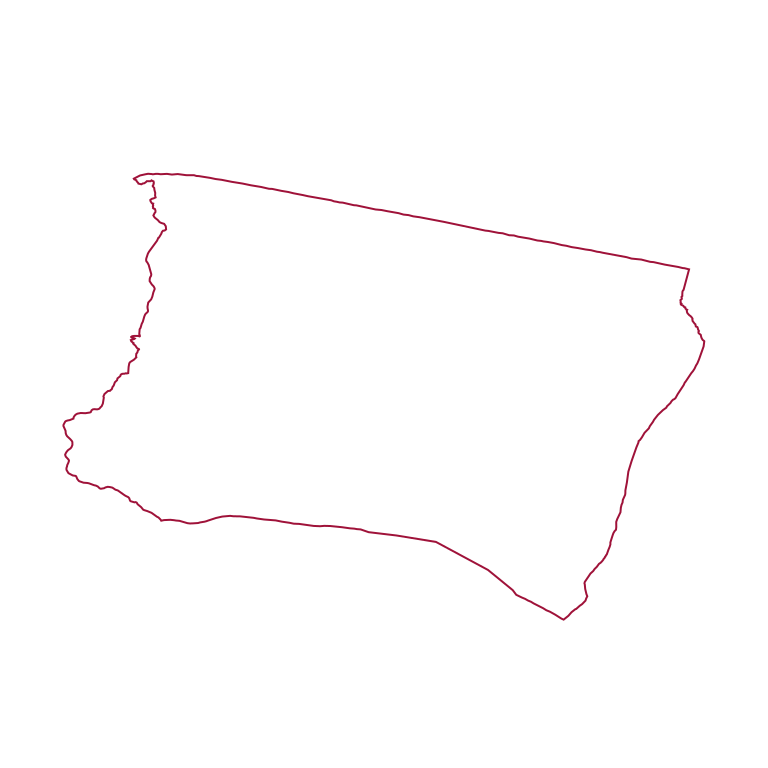 Omhajer, Gash Barka, Eritrea (Equal Earth projection), rotated 105°
{"feature_id": "51966322B84792340140154", "entity_name": "Omhajer", "entity_type": "district", "adm_level": 2, "iso_a3": "ERI", "parent_name": "Eritrea", "parent_adm1": "Gash Barka", "projection": "equal_earth", "projection_center": [36.816, 14.649], "detail": "fine", "context": "isolated", "style": "outline", "palette": "rose", "viewbox_px": 768, "rotation_deg": 105, "n_neighbors": 0, "source": "geoboundaries", "source_scale": "gbopen_adm2", "svg_char_len": 6138}
<svg xmlns="http://www.w3.org/2000/svg" viewBox="0 0 768 768"><g transform="rotate(105 384 384)"><path d="M464.7,122.2L462.1,122.6L457.1,124.0L454.3,123.8L446.7,122.4L442.2,123.2L439.2,123.3L436.8,122.9L434.1,123.3L428.7,122.4L427.1,122.6L424.3,123.3L416.2,123.9L405.4,125.3L394.3,124.9L379.9,123.8L374.7,123.1L373.3,123.3L371.7,122.2L368.8,121.1L363.7,119.7L358.3,116.7L355.9,116.3L350.9,114.4L348.7,113.9L342.9,111.4L337.0,107.8L333.8,105.2L332.3,104.9L328.2,102.4L326.4,101.9L324.4,100.8L323.4,99.6L322.2,98.8L317.8,97.7L307.6,94.3L304.6,93.8L304.0,93.4L294.0,90.0L291.6,88.9L288.8,88.0L285.3,87.4L283.1,86.7L278.8,86.1L265.0,85.0L259.8,85.7L259.5,86.1L259.0,87.5L257.8,88.8L256.6,89.7L254.5,90.8L253.5,93.2L252.4,93.8L251.3,93.5L250.1,94.7L248.1,95.8L247.9,96.1L247.7,97.7L245.7,98.7L245.3,99.6L243.2,102.3L242.4,102.5L242.1,102.8L241.0,102.9L240.0,104.0L239.0,105.6L238.6,106.8L237.2,109.0L236.5,109.7L234.9,110.5L234.5,110.7L233.9,110.4L233.4,111.9L233.1,112.4L232.0,112.8L232.0,113.9L231.0,115.1L230.5,117.6L230.1,118.0L229.8,118.1L229.3,117.6L228.6,118.6L227.5,118.8L226.3,119.4L224.9,118.4L224.1,118.5L223.0,119.2L221.7,118.6L221.0,118.9L217.7,119.6L216.5,119.5L215.6,119.0L194.3,119.0L194.4,123.9L194.7,125.4L194.8,130.1L196.0,143.6L196.5,155.1L197.1,158.5L197.2,167.7L198.8,177.4L198.7,182.5L200.6,206.6L200.7,209.5L201.1,212.5L201.2,218.7L201.9,224.1L202.5,232.0L203.2,238.1L203.3,243.7L203.8,248.2L203.9,256.3L204.4,262.4L205.0,266.9L205.1,269.3L205.7,273.0L205.9,281.3L207.0,292.6L206.9,297.0L207.9,301.6L207.7,308.4L208.4,312.6L209.1,322.7L209.6,325.8L211.9,368.4L213.7,392.9L214.5,399.2L214.5,404.0L215.3,409.0L215.2,414.1L216.2,425.3L216.6,431.5L217.6,437.3L218.6,456.9L219.1,459.4L219.5,470.9L220.1,473.8L220.2,476.7L220.5,479.6L220.2,482.5L222.3,506.2L222.5,511.2L223.2,520.8L223.3,526.0L224.0,533.2L224.5,542.5L225.2,545.6L225.5,553.8L226.5,563.9L227.0,572.6L228.1,583.2L228.8,593.7L229.6,599.7L229.9,605.2L231.1,616.6L231.6,619.0L231.5,621.5L233.5,629.2L234.6,637.6L236.6,643.1L237.2,648.0L239.2,654.1L239.5,656.5L240.0,658.6L241.3,661.6L241.3,662.5L242.0,666.3L243.3,669.0L245.7,673.6L250.4,678.8L250.8,678.4L250.7,677.9L251.0,677.9L251.3,675.9L252.2,675.4L253.3,673.6L254.0,673.1L253.9,670.3L253.8,669.9L252.8,669.0L252.2,667.6L250.9,666.4L249.5,665.6L248.5,661.9L247.5,661.3L247.8,660.2L247.9,659.1L248.2,658.9L249.5,658.3L250.6,658.5L251.1,658.2L252.5,658.7L252.9,658.5L254.1,656.7L255.9,656.0L258.7,654.4L261.2,653.9L262.9,652.9L264.2,654.4L265.1,656.0L266.5,657.3L266.8,657.4L268.0,656.7L269.5,655.0L269.5,653.6L270.8,653.6L271.5,653.1L272.2,653.3L273.1,652.7L273.8,652.7L274.2,651.9L274.2,650.8L274.4,650.4L276.0,649.5L277.3,649.3L278.7,650.0L279.5,650.0L280.8,650.4L281.9,649.4L282.7,648.3L284.2,644.9L285.7,642.7L286.1,640.8L286.2,637.8L288.1,635.6L291.1,634.5L292.5,635.6L293.2,637.2L294.8,637.9L296.5,638.0L300.9,639.3L301.2,639.8L304.3,640.3L317.2,645.3L319.2,645.8L324.2,646.1L325.8,645.9L327.1,645.2L327.8,644.1L329.9,642.1L338.2,637.2L339.8,637.0L341.5,637.5L343.1,637.5L345.3,637.0L348.0,634.0L349.1,632.1L349.8,631.3L351.0,630.3L351.8,630.1L355.2,630.5L359.6,630.4L362.5,630.8L366.3,632.8L370.4,632.5L372.0,632.0L374.0,631.0L375.1,630.8L376.2,631.3L377.2,632.0L378.6,632.7L380.8,633.0L386.3,633.1L388.6,633.6L392.8,633.7L394.4,634.2L399.2,633.3L400.1,632.5L401.1,632.2L401.3,632.4L401.2,633.8L402.3,637.9L403.0,639.6L403.9,640.4L404.3,640.2L404.6,638.3L404.4,637.5L404.6,636.5L405.1,636.8L405.3,637.2L407.1,639.9L408.2,639.1L409.3,636.6L409.7,636.8L410.2,636.4L411.3,634.0L412.1,633.2L413.5,631.4L413.6,629.9L414.0,629.6L415.5,630.4L417.4,630.4L418.9,631.1L421.6,630.6L422.3,630.1L425.3,631.9L428.4,634.8L429.9,635.4L433.6,635.1L439.7,633.9L440.4,635.2L440.5,636.2L441.2,637.3L441.9,639.5L443.1,640.7L444.7,640.8L447.6,642.9L449.4,642.8L452.0,644.4L455.5,644.7L457.0,645.4L459.5,645.6L460.8,646.6L461.4,646.8L462.3,648.9L466.0,651.4L468.6,651.8L469.7,651.1L475.7,650.5L478.6,651.0L479.8,651.8L481.2,652.4L481.9,653.0L482.6,654.2L482.9,655.3L483.3,657.4L483.9,658.7L485.0,659.6L487.1,660.0L487.7,660.8L489.5,664.9L490.5,669.4L492.0,672.5L493.5,674.0L495.4,674.9L496.9,675.2L497.8,675.0L500.2,678.2L501.1,680.1L502.0,681.5L502.8,682.2L506.3,683.0L507.5,682.8L511.6,679.5L513.9,678.7L515.4,677.7L516.5,676.5L518.4,672.9L519.8,670.8L520.7,670.0L523.5,669.2L525.8,669.5L527.3,670.1L529.7,672.1L531.6,673.0L533.3,673.5L534.9,673.7L536.5,672.6L538.7,669.1L539.7,668.4L541.6,668.5L544.5,669.0L545.8,668.8L546.6,669.0L548.3,668.8L549.3,668.3L551.8,665.7L552.9,661.0L552.6,658.3L552.8,657.5L555.2,655.6L556.6,653.7L556.8,652.9L557.1,648.7L556.4,645.0L556.3,643.3L556.8,637.8L556.7,636.0L557.1,633.9L558.3,631.8L558.5,630.9L558.4,630.2L557.1,627.4L556.0,626.3L554.8,624.2L554.5,622.1L554.4,619.7L554.7,618.6L555.6,616.1L555.7,613.6L558.3,606.6L558.9,604.8L559.5,601.7L560.3,600.5L562.4,599.1L562.8,598.3L562.9,594.4L562.4,593.5L562.5,592.4L562.9,591.8L563.9,590.9L565.8,586.7L567.7,584.1L567.9,582.9L568.0,579.9L568.6,575.2L571.0,568.9L571.3,567.3L572.9,564.6L573.7,563.8L572.4,561.3L570.5,555.3L569.9,551.6L569.7,549.5L569.1,546.2L569.3,537.9L569.1,536.4L568.9,535.2L568.0,532.3L566.4,527.6L565.3,525.8L563.4,521.6L562.4,519.9L561.6,518.8L556.9,511.6L553.9,505.9L551.2,498.5L550.7,495.1L549.1,488.8L547.0,475.2L546.8,472.0L545.9,464.7L543.8,453.4L543.4,447.0L542.5,439.2L542.3,435.1L541.1,429.8L539.3,415.2L537.9,408.9L536.5,405.0L535.1,399.2L533.2,387.5L532.2,379.4L531.4,375.2L531.2,372.7L530.5,368.9L531.1,360.5L527.1,332.8L523.1,292.9L536.7,235.4L549.8,206.3L553.4,201.7L554.6,195.4L555.0,192.2L555.9,188.8L556.3,185.7L557.2,182.7L559.4,172.2L560.5,168.7L561.0,164.8L562.5,158.9L564.7,151.9L565.1,149.5L560.2,145.9L555.9,143.8L552.0,140.9L551.5,140.1L547.5,137.5L545.4,135.7L541.1,133.3L538.9,133.2L536.4,132.7L534.7,134.0L529.9,136.6L525.6,138.2L524.6,138.8L523.2,138.8L513.6,135.5L510.5,133.5L508.2,132.7L505.5,131.1L502.1,129.8L500.6,128.5L498.8,127.5L496.7,126.6L496.1,126.6L494.6,125.8L493.8,125.8L493.3,125.4L492.2,125.3L491.0,124.7L485.9,124.3L483.1,123.9L480.3,123.8L478.6,124.3L477.3,124.3L471.0,124.0L468.7,123.8L466.5,123.2L464.7,122.2Z" fill="none" stroke="#9f1239" stroke-width="2"/></g></svg>